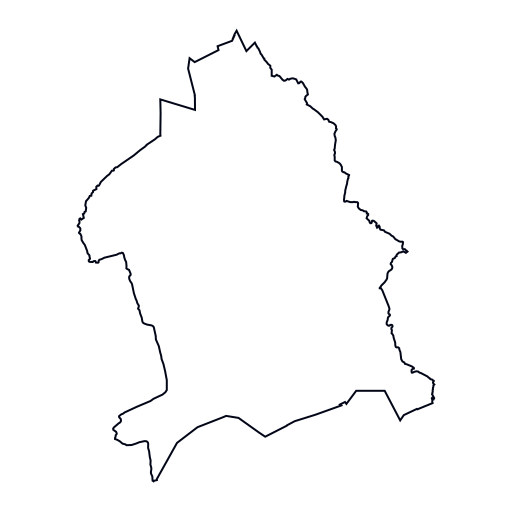 the district of Zaka, Masvingo, Zimbabwe
{"feature_id": "62879985B3510020236883", "entity_name": "Zaka", "entity_type": "district", "adm_level": 2, "iso_a3": "ZWE", "parent_name": "Zimbabwe", "parent_adm1": "Masvingo", "projection": "robinson", "projection_center": [31.468, -20.378], "detail": "fine", "context": "isolated", "style": "outline", "palette": "ink", "viewbox_px": 512, "rotation_deg": 0, "n_neighbors": 0, "source": "geoboundaries", "source_scale": "gbopen_adm2", "svg_char_len": 6007}
<svg xmlns="http://www.w3.org/2000/svg" viewBox="0 0 512 512"><path d="M236.6,30.7L234.6,34.2L233.4,37.2L233.8,37.0L232.1,40.8L217.6,46.2L218.5,50.1L194.7,62.1L189.6,58.2L188.1,68.6L194.9,95.3L194.6,95.8L194.9,96.9L195.0,109.9L160.3,99.4L160.6,113.2L160.3,134.6L160.5,135.7L157.8,136.8L154.8,139.4L146.6,144.8L146.6,145.1L144.8,146.8L140.2,150.1L133.7,155.5L121.3,164.0L117.2,167.2L115.6,167.4L113.9,168.9L113.9,170.3L113.6,170.6L111.9,170.7L109.3,174.3L107.0,176.0L100.9,181.9L98.7,186.1L98.8,186.2L97.5,185.6L96.3,186.8L96.4,189.1L93.1,190.7L93.0,192.1L91.6,193.5L91.3,195.7L89.8,195.9L88.8,198.0L86.0,201.2L85.3,205.4L86.2,207.8L85.7,211.4L84.6,211.9L84.2,213.5L82.9,214.1L83.8,217.9L81.3,219.6L80.3,218.4L79.6,218.7L79.6,219.3L79.1,220.2L79.5,221.7L79.4,223.2L77.7,225.6L77.8,226.3L78.3,226.3L80.0,227.9L80.3,228.5L80.4,230.2L79.0,232.7L79.3,233.4L80.4,234.0L81.2,235.7L81.5,236.8L81.4,238.1L81.7,240.2L83.3,242.9L84.9,245.1L87.1,250.9L87.6,253.3L89.4,255.3L89.5,256.5L90.0,258.6L89.9,259.0L88.8,260.0L88.7,260.7L89.1,261.6L90.0,261.9L92.7,262.0L93.5,261.2L95.2,261.0L95.4,261.1L96.0,262.6L98.0,262.7L98.5,262.4L98.7,260.9L99.3,259.8L101.6,259.1L104.4,257.7L116.7,254.7L118.7,253.6L119.6,253.3L120.6,253.3L121.7,252.7L122.8,252.9L123.9,255.1L124.3,257.5L125.2,260.2L126.1,261.8L126.5,265.7L126.4,268.4L127.3,269.1L129.0,269.8L130.5,273.4L130.7,274.8L129.3,276.4L129.1,277.6L129.3,279.0L130.1,281.0L131.6,283.2L132.1,284.5L133.9,293.2L135.9,299.3L136.4,300.1L137.4,303.3L138.8,305.6L138.8,306.5L138.1,308.7L139.5,310.3L140.1,313.4L141.7,317.6L142.4,321.6L143.0,322.7L144.2,323.5L147.1,324.6L151.6,325.4L152.9,326.1L153.8,327.2L155.7,335.9L155.9,339.5L158.8,346.1L160.3,352.9L161.1,355.5L161.6,359.1L163.4,363.9L165.1,371.1L166.8,380.2L166.8,390.0L165.4,392.2L162.5,394.6L153.5,398.8L150.5,401.0L137.0,406.7L124.5,412.5L123.2,413.6L121.2,414.4L119.1,416.1L119.0,416.4L119.2,417.3L120.8,419.1L121.0,420.8L120.8,421.5L119.9,422.6L118.7,423.3L113.8,427.5L113.1,428.8L113.4,429.9L116.1,431.8L116.7,433.3L116.6,434.1L115.7,435.3L115.5,437.0L115.0,438.0L115.0,439.0L117.4,439.9L119.8,441.3L122.5,443.6L125.5,444.4L126.5,445.2L131.6,445.0L136.2,443.5L139.1,442.3L144.5,441.1L146.6,441.3L147.6,442.1L148.0,442.8L148.2,444.0L148.1,447.9L149.1,451.3L149.8,457.0L150.6,460.5L150.4,464.6L151.3,467.8L151.3,469.7L150.9,471.8L151.0,473.5L152.3,476.4L152.6,480.7L153.6,481.3L153.9,480.8L156.9,480.1L156.8,479.1L177.0,442.9L197.5,427.2L223.6,417.0L226.1,415.9L238.5,417.9L259.1,432.6L265.2,436.7L286.8,425.7L287.0,425.3L294.7,421.2L315.5,414.7L341.2,405.5L340.0,404.5L345.0,402.0L346.4,403.9L356.2,390.8L384.7,390.8L400.2,420.4L403.8,415.1L416.9,408.9L417.4,409.3L432.6,403.1L432.2,401.5L432.4,400.2L431.8,398.3L432.2,397.7L432.9,397.9L433.1,399.1L433.6,399.3L434.2,398.1L432.0,394.1L432.6,392.9L432.4,392.4L432.8,391.2L432.6,390.1L433.0,389.2L432.9,388.0L433.3,387.0L433.4,385.4L434.3,384.5L433.5,383.7L433.0,382.8L433.0,382.1L433.7,381.3L433.8,380.9L432.1,379.6L430.3,379.1L429.8,378.3L428.5,377.5L427.5,376.5L421.0,373.1L419.4,372.6L418.3,371.6L416.4,371.3L414.7,371.7L412.4,372.7L411.8,372.6L411.5,371.4L411.7,369.8L412.4,369.1L413.9,368.6L413.8,367.8L411.8,366.4L407.0,364.4L404.9,363.8L404.4,362.5L402.5,361.5L401.2,359.2L400.4,352.1L399.5,350.0L399.1,348.1L398.0,347.3L396.6,347.4L396.0,347.1L395.6,346.5L395.3,345.1L395.2,342.6L393.6,337.6L393.4,335.9L392.6,334.3L391.6,333.4L391.9,330.1L391.4,329.2L391.4,328.0L392.5,326.6L392.4,325.4L391.8,324.9L390.9,324.8L390.0,325.1L389.6,325.7L388.6,325.7L387.8,325.4L386.7,324.2L386.6,323.2L386.8,322.0L387.6,320.1L388.0,317.4L389.9,315.5L389.8,314.5L388.8,313.9L388.4,313.0L388.5,311.7L389.4,309.5L389.4,308.5L388.6,306.0L382.3,290.3L381.1,288.5L379.7,288.3L379.7,287.9L380.8,286.6L381.2,285.7L384.6,282.3L386.6,279.5L387.1,278.4L387.5,273.6L388.1,272.2L389.1,271.0L390.7,270.1L391.9,268.9L392.3,267.8L392.3,266.8L391.7,265.3L390.7,264.2L390.7,263.6L390.9,263.0L392.0,261.8L392.8,258.9L394.7,258.1L395.6,256.5L396.6,256.1L396.5,255.5L396.8,254.6L399.0,252.6L401.6,252.2L402.3,251.7L403.9,251.7L405.9,252.8L407.5,251.6L406.6,250.7L406.1,250.5L405.0,249.3L404.3,249.1L403.3,249.4L402.4,248.5L402.2,245.8L402.8,244.4L403.0,242.1L402.2,241.6L401.1,241.8L399.2,241.4L395.3,239.1L393.3,236.6L391.5,235.6L389.6,233.8L385.0,231.8L384.0,230.4L380.4,229.6L379.8,228.6L379.6,226.6L378.9,225.6L377.9,226.2L377.6,227.4L377.1,227.7L376.2,225.6L376.6,223.7L376.5,223.2L374.0,221.0L372.8,220.6L372.1,220.8L371.6,222.8L371.3,223.1L370.4,223.2L369.7,222.4L369.3,220.8L366.6,218.3L367.2,216.2L368.2,215.0L368.2,214.1L367.7,213.6L366.8,213.5L366.8,212.4L366.2,211.5L363.9,211.2L362.7,210.3L360.8,210.0L358.9,208.5L357.8,206.7L358.1,203.1L357.6,202.4L357.1,202.1L355.1,202.1L354.0,201.8L353.2,202.1L350.1,202.1L346.6,200.9L345.6,201.6L344.4,201.6L344.1,201.1L344.0,199.2L344.3,197.5L344.3,196.1L345.2,192.3L345.2,190.8L346.2,186.5L347.0,183.9L347.3,181.4L348.1,178.4L348.4,178.2L348.4,176.4L349.0,175.6L349.1,175.0L346.1,173.6L344.4,172.3L343.4,172.2L342.3,171.5L341.9,170.6L341.9,167.0L340.6,164.5L339.4,163.2L336.9,161.8L335.4,161.4L334.7,160.5L334.7,156.8L334.3,154.9L334.9,153.7L335.0,152.8L334.8,151.5L334.1,149.9L334.7,148.6L335.0,145.0L335.8,140.2L335.4,137.6L334.7,135.9L334.4,133.8L335.5,131.3L336.7,129.5L336.7,129.1L336.0,128.4L336.1,126.3L335.4,125.0L333.6,123.3L330.9,122.1L329.1,121.7L328.3,119.7L327.0,118.8L324.1,119.4L322.4,116.7L317.9,112.2L314.0,109.3L312.9,108.7L310.2,106.2L306.8,104.5L307.1,103.9L307.0,103.1L304.7,99.2L305.3,97.9L305.3,96.9L306.1,95.9L307.9,94.5L307.3,91.9L307.2,90.1L306.7,88.9L304.9,86.6L302.9,83.0L301.4,81.6L300.6,81.6L299.2,83.2L298.2,83.3L296.2,79.4L293.3,78.4L291.9,78.4L290.0,78.9L289.0,79.6L287.5,78.9L285.7,80.4L284.0,80.8L282.4,79.6L279.5,76.1L278.1,75.7L276.8,74.8L274.4,76.5L271.7,75.8L271.7,69.7L270.3,67.9L270.3,65.7L268.0,63.9L266.7,62.1L264.4,59.7L264.3,58.6L263.8,58.5L261.6,54.7L260.6,53.7L260.0,51.8L258.3,48.3L257.4,47.6L257.1,46.5L256.7,46.2L254.9,42.6L246.4,51.1L236.6,30.7Z" fill="none" stroke="#020617" stroke-width="2"/></svg>